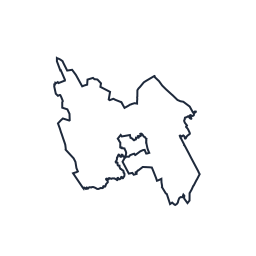 outline of Viļānu pag., Vilanu, Latvia, rotated 66°
{"feature_id": "27541924B60521943034244", "entity_name": "Viļānu pag.", "entity_type": "district", "adm_level": 2, "iso_a3": "LVA", "parent_name": "Latvia", "parent_adm1": "Vilanu", "projection": "equal_earth", "projection_center": [26.923, 56.553], "detail": "fine", "context": "isolated", "style": "outline", "palette": "slate", "viewbox_px": 256, "rotation_deg": 66, "n_neighbors": 0, "source": "geoboundaries", "source_scale": "gbopen_adm2", "svg_char_len": 5875}
<svg xmlns="http://www.w3.org/2000/svg" viewBox="0 0 256 256"><g transform="rotate(66 128 128)"><path d="M150.3,149.4L149.1,148.3L148.5,147.4L148.7,147.1L150.1,146.9L151.1,146.6L151.5,146.2L151.4,145.9L150.6,145.3L149.8,144.7L150.0,144.3L150.2,144.0L150.7,143.9L151.7,144.0L152.3,143.9L153.0,142.6L151.8,141.0L150.1,139.8L148.2,139.5L146.5,139.6L146.1,139.7L145.3,139.5L144.8,140.1L144.0,141.8L143.2,141.7L142.9,142.9L142.6,143.0L138.3,141.0L135.9,141.4L135.6,141.3L133.6,141.7L131.4,137.5L133.2,137.1L135.2,129.1L138.0,129.7L138.5,129.1L139.3,128.5L140.3,128.1L141.2,127.8L141.6,127.6L141.7,127.4L141.6,126.6L141.4,126.1L141.6,125.5L141.5,125.3L141.3,125.1L140.4,124.8L140.1,124.6L140.5,124.0L140.6,123.7L140.5,123.3L140.9,122.7L139.9,122.5L139.4,122.3L139.4,122.1L140.0,121.9L140.6,121.8L140.7,121.7L140.5,121.3L140.1,120.9L140.3,120.7L140.3,120.4L140.5,120.0L140.3,119.5L140.1,119.5L139.9,119.1L139.2,118.9L139.5,119.1L139.4,119.3L138.3,119.1L138.3,118.9L138.6,118.1L138.8,117.9L140.1,117.4L142.2,117.1L143.3,116.2L143.7,116.1L144.3,116.1L144.7,116.0L145.2,115.9L145.4,115.6L146.3,116.2L146.5,116.3L146.3,116.0L147.3,116.6L149.1,117.3L150.7,117.7L154.0,118.4L155.5,118.6L157.1,118.7L159.3,118.7L159.2,119.6L159.2,120.1L159.0,121.1L158.7,121.8L154.9,121.7L154.9,121.9L154.7,121.9L154.4,122.8L154.3,123.1L154.3,126.3L155.2,130.2L155.2,130.5L155.5,131.5L155.6,132.4L154.0,132.8L153.8,134.6L153.7,137.1L154.6,138.9L153.3,141.5L153.9,142.3L153.8,142.7L154.3,143.6L156.6,146.7L170.0,145.8L170.8,142.3L173.0,141.8L173.4,139.0L171.9,139.0L172.1,138.3L171.5,138.3L171.1,136.7L170.8,136.2L170.9,135.6L169.6,130.4L169.7,130.2L172.6,124.4L173.8,122.3L177.9,122.4L185.1,122.7L188.0,123.0L188.1,121.6L188.0,118.2L191.2,119.5L195.1,120.5L195.9,121.1L196.2,121.0L196.7,120.9L203.1,120.1L204.1,119.4L212.9,120.3L214.6,120.5L214.1,118.0L216.7,116.8L217.5,116.2L217.3,114.5L216.4,112.8L214.8,111.6L213.0,109.8L212.5,108.1L213.4,106.5L213.4,106.3L213.2,106.3L211.4,104.5L212.8,104.1L214.8,105.3L215.6,105.3L220.8,104.2L219.3,101.3L212.7,98.3L212.7,98.2L212.2,97.7L210.1,94.9L207.4,91.9L207.3,91.7L207.3,91.4L203.5,86.7L203.0,85.9L199.3,81.3L197.1,81.5L196.5,81.4L180.8,82.5L175.3,82.8L174.1,82.9L168.1,83.3L166.9,83.5L166.7,83.6L166.6,83.4L159.0,83.8L158.7,84.0L156.2,83.9L156.1,83.5L156.2,83.3L157.3,82.7L157.5,82.5L157.6,82.1L157.3,81.2L157.3,80.8L157.3,80.5L157.5,80.4L158.1,80.1L158.7,79.9L159.2,80.0L160.4,80.2L160.8,80.2L161.0,79.9L161.0,79.6L160.9,79.4L160.1,78.5L159.4,77.3L159.2,76.9L158.8,75.1L158.5,74.0L158.1,73.7L157.5,73.6L156.2,73.6L153.4,73.7L152.4,73.9L150.8,74.5L150.4,74.4L150.2,74.1L150.0,73.4L149.8,73.1L149.2,73.2L146.5,73.9L145.1,73.9L144.3,73.8L143.8,73.5L143.3,72.7L142.3,72.2L141.8,71.8L141.7,71.6L142.0,70.1L141.7,68.7L141.8,68.1L142.1,67.9L142.9,67.8L144.3,67.4L145.0,66.9L145.3,66.5L145.3,66.4L145.2,66.3L144.7,66.2L142.2,66.6L141.9,66.5L141.7,66.4L141.6,66.0L141.6,65.7L141.8,65.4L142.7,64.9L143.2,64.3L143.3,63.6L143.2,62.9L143.0,62.6L142.2,62.2L141.3,61.2L141.0,60.2L140.8,59.4L140.5,59.4L140.1,60.4L140.6,62.2L139.7,62.4L133.5,62.9L126.5,66.8L124.9,69.2L122.5,71.4L115.8,74.1L115.7,74.2L108.0,77.6L103.1,79.5L97.8,80.6L92.3,82.9L91.8,82.6L91.3,82.6L91.2,82.7L92.3,92.3L92.6,94.4L92.7,94.9L93.1,95.8L95.3,100.2L96.1,102.2L96.9,103.5L97.4,104.1L103.1,106.7L103.5,107.1L105.2,107.7L107.2,108.8L109.4,109.8L108.0,111.9L107.6,115.2L107.7,115.7L107.5,116.5L107.6,117.1L107.9,119.3L108.2,123.0L103.0,123.5L103.0,123.4L101.7,123.5L101.2,123.9L101.1,124.3L100.6,124.7L96.8,128.4L96.4,128.6L95.3,129.6L95.3,130.6L95.1,133.4L94.1,134.0L87.7,129.7L79.2,136.5L76.2,134.5L71.3,136.2L70.4,137.6L69.8,138.8L68.0,139.6L67.3,145.3L71.8,147.7L71.4,150.4L71.3,152.9L58.4,154.0L52.1,155.4L50.8,160.2L42.5,160.6L40.3,160.6L38.1,161.9L36.5,163.2L35.5,164.3L35.2,164.5L38.1,165.8L46.2,166.3L47.8,166.4L47.8,165.9L58.2,166.0L58.4,166.3L59.0,166.4L58.7,173.2L57.5,173.5L57.8,175.5L57.1,176.0L58.2,176.8L58.7,177.3L58.4,177.7L59.7,178.3L60.0,178.5L67.3,180.0L70.1,178.9L70.0,177.3L70.4,176.5L72.7,176.4L76.9,176.6L77.7,177.6L82.7,179.8L86.3,175.8L91.3,175.7L97.2,178.1L97.3,178.6L93.9,182.4L93.9,182.5L92.8,183.6L93.7,186.3L95.3,190.1L101.0,190.5L105.1,191.0L106.0,191.0L111.1,191.5L115.8,191.9L117.7,192.1L119.4,192.6L121.9,193.4L122.4,193.8L133.6,190.0L137.6,189.8L143.6,191.4L147.3,191.5L147.4,193.0L147.1,195.3L147.0,196.6L163.9,193.6L165.4,193.2L164.7,192.6L164.6,192.3L164.9,191.9L166.1,191.5L166.6,191.2L166.6,190.7L165.7,190.1L165.6,189.9L165.8,189.7L166.9,189.5L167.1,189.4L167.1,189.2L166.5,187.9L166.4,187.6L166.6,186.9L167.4,185.8L167.3,184.9L167.5,184.5L167.7,183.9L168.5,183.0L169.6,182.0L170.7,181.3L171.1,180.9L171.5,180.2L171.7,179.5L171.7,177.7L171.7,177.2L172.3,176.4L172.5,175.8L172.4,175.0L171.5,174.6L171.2,174.3L171.2,174.1L171.3,173.7L172.2,173.0L172.2,172.7L171.8,172.2L170.5,171.0L170.2,170.6L169.4,168.6L168.8,168.3L168.1,168.2L167.4,168.4L166.5,168.8L166.0,168.9L165.6,168.7L165.5,168.3L165.7,167.9L166.9,167.0L167.0,166.8L167.0,166.6L166.9,166.4L166.1,166.0L166.1,165.8L166.1,165.6L166.2,165.4L167.4,164.2L167.7,163.8L167.7,163.5L167.6,162.9L168.4,161.1L168.6,160.8L169.5,160.3L169.9,159.8L171.2,159.1L171.2,158.8L171.1,158.7L169.8,158.3L169.5,158.1L169.4,157.8L169.5,157.4L171.3,156.7L171.4,156.3L171.3,155.4L170.9,154.8L170.1,154.3L170.1,154.0L170.1,153.7L170.4,153.5L170.6,153.4L171.7,153.3L171.8,153.0L171.7,152.8L171.4,152.6L171.0,152.0L170.8,151.3L170.6,151.1L169.4,150.3L168.2,149.8L167.7,149.8L167.1,150.2L166.8,150.2L165.9,149.7L165.5,149.6L164.8,149.8L164.2,150.4L162.9,150.8L162.5,151.4L162.1,151.6L160.3,151.6L160.0,151.6L159.3,151.2L158.9,151.1L158.6,151.6L158.4,152.1L158.0,152.5L157.5,152.5L157.2,152.4L156.2,152.1L155.8,151.8L155.5,151.7L155.2,151.8L154.8,152.2L154.7,153.0L154.0,153.1L153.7,152.9L153.2,152.0L152.6,151.3L152.0,150.8L150.9,150.3L150.7,150.2L150.3,149.7L150.3,149.4Z" fill="none" stroke="#1e293b" stroke-width="2"/></g></svg>